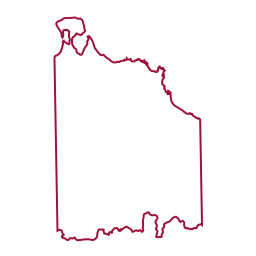 an SVG outline of Chubut, rotated 269°
{"feature_id": "ARG-1274", "entity_name": "Chubut", "entity_type": "Province", "adm_level": 1, "iso_a3": "ARG", "parent_name": "Argentina", "parent_adm1": "", "projection": "mercator", "projection_center": [-67.684, -44.0], "detail": "fine", "context": "isolated", "style": "outline", "palette": "rose", "viewbox_px": 256, "rotation_deg": 269, "n_neighbors": 0, "source": "natural_earth", "source_scale": "10m", "svg_char_len": 5811}
<svg xmlns="http://www.w3.org/2000/svg" viewBox="0 0 256 256"><g transform="rotate(269 128 128)"><path d="M22.4,61.9L22.8,61.7L23.5,60.7L25.6,60.2L26.4,59.9L27.0,59.3L27.3,58.6L27.2,56.8L26.5,55.7L199.2,55.7L201.0,56.1L202.3,58.9L203.2,60.1L204.1,61.1L206.2,62.5L207.4,62.5L208.0,63.0L209.3,63.6L211.7,63.9L212.8,64.7L214.6,64.2L215.4,64.3L216.0,64.6L216.4,65.3L215.7,65.6L215.2,66.2L213.2,69.1L212.8,70.5L213.0,70.8L213.7,71.0L215.8,70.8L216.9,71.4L218.7,71.2L220.3,70.5L225.1,70.9L225.8,70.7L226.0,70.1L226.9,69.3L227.1,68.7L227.1,67.9L226.9,67.5L227.3,67.0L226.9,65.6L226.7,65.1L226.1,64.9L225.0,64.7L222.1,64.9L220.7,64.7L219.6,64.0L220.5,63.5L224.2,63.0L227.4,61.2L229.6,59.7L231.8,58.6L233.4,58.1L234.5,58.4L235.4,59.4L236.0,60.4L236.8,62.5L237.1,63.7L238.3,64.9L238.9,66.2L239.1,67.6L238.9,71.2L239.4,76.5L239.1,78.0L238.4,79.4L238.0,80.8L238.3,82.1L237.0,83.9L235.3,84.7L230.0,86.0L227.8,86.1L226.6,86.6L225.7,86.8L224.9,86.2L224.2,85.5L222.9,83.6L221.9,83.0L221.9,82.1L222.8,78.7L223.4,78.3L223.2,78.0L222.1,77.2L221.8,76.8L220.8,76.3L220.5,75.9L220.3,75.2L220.1,74.7L218.4,73.8L217.1,73.5L214.4,73.5L212.5,73.8L211.2,74.3L210.6,74.9L209.4,75.3L207.6,77.5L204.5,78.2L203.9,78.7L203.0,80.5L202.1,81.4L202.0,82.0L202.2,82.8L202.5,83.3L203.6,83.6L204.4,84.2L206.1,84.8L209.3,86.4L211.7,88.3L213.4,88.9L215.4,88.7L217.2,90.1L217.8,90.1L220.2,89.2L220.6,90.3L220.5,90.7L219.9,91.3L216.8,93.4L213.8,94.6L208.6,96.2L203.9,99.5L202.6,101.0L201.6,101.6L201.3,102.4L201.6,104.4L201.4,105.1L200.5,105.8L198.4,108.0L197.0,110.5L195.3,111.9L193.9,114.7L193.8,115.0L193.8,117.1L194.5,118.8L194.2,120.0L194.2,120.7L194.8,121.3L195.3,123.1L195.4,123.6L195.3,125.0L195.4,125.5L195.7,125.6L196.2,125.5L196.5,125.9L195.9,126.4L196.1,127.2L196.2,127.8L196.7,128.1L197.6,128.1L196.4,129.2L196.3,129.8L196.4,130.9L196.7,131.1L196.9,131.8L195.1,132.4L194.7,132.8L194.4,134.0L194.5,135.5L195.1,136.3L195.5,136.6L195.4,137.0L195.5,137.7L195.9,137.9L195.7,138.5L196.1,138.9L196.5,138.9L196.7,139.1L196.8,140.1L196.5,140.2L196.3,140.8L195.7,140.9L195.4,141.5L195.0,141.7L195.2,142.1L194.9,142.3L195.1,142.4L195.0,142.5L194.5,142.2L194.4,142.3L194.4,142.5L194.5,142.7L193.9,143.3L193.8,143.5L194.4,143.9L194.1,144.5L194.3,144.7L194.8,144.6L195.1,144.7L195.0,145.1L195.2,145.5L194.6,145.5L194.1,146.1L194.0,145.9L194.1,145.5L194.0,145.2L193.7,145.2L193.4,145.3L193.3,145.5L192.8,145.5L192.7,145.7L193.1,146.2L193.1,146.4L192.6,146.4L192.2,146.8L192.3,147.2L192.6,147.4L193.2,147.6L192.9,148.1L192.7,148.1L192.7,147.7L192.2,148.4L191.8,148.1L191.8,147.7L191.3,147.5L190.5,147.7L190.4,148.3L190.5,148.6L189.5,148.7L188.3,149.3L187.4,150.3L186.9,150.1L185.7,151.1L184.6,152.7L184.4,153.5L184.4,154.5L184.1,155.9L183.6,156.3L183.6,157.0L183.8,157.2L183.5,157.6L183.9,158.5L184.6,158.6L184.9,158.8L185.2,159.2L186.0,159.0L186.9,159.5L187.6,159.4L188.1,160.0L188.5,160.1L188.9,160.7L188.6,160.8L187.5,161.8L187.2,161.7L186.7,162.2L186.9,162.7L187.2,163.0L187.3,163.5L186.5,163.2L186.3,163.5L186.8,164.3L185.7,165.0L185.2,164.8L184.6,164.9L184.5,165.5L182.9,164.1L181.6,164.3L181.2,164.7L180.9,164.5L180.9,163.8L180.6,163.4L179.3,163.5L179.4,164.7L178.8,164.7L178.1,165.0L177.4,164.8L176.8,164.1L176.0,163.4L175.3,163.4L173.6,162.8L172.1,163.1L171.3,163.0L170.7,163.8L169.1,165.4L168.6,165.0L167.4,164.8L166.9,165.0L166.8,165.3L166.2,165.2L166.0,165.6L164.3,166.1L163.5,166.5L162.8,167.2L162.8,168.1L164.6,168.7L164.2,169.5L161.2,168.4L161.2,169.4L162.3,169.7L162.9,170.4L162.8,171.2L159.1,171.1L153.9,171.9L152.3,172.7L150.2,174.4L148.8,176.1L148.0,177.7L146.1,180.3L144.7,182.8L143.4,184.0L142.5,185.5L141.8,185.9L141.2,187.6L141.2,189.4L141.7,189.8L141.5,190.4L141.0,190.5L140.9,191.5L141.1,192.0L141.0,192.4L140.7,192.6L140.1,192.5L138.6,193.8L138.1,195.2L137.3,195.8L137.1,196.5L136.5,197.2L136.2,197.8L136.6,198.8L136.0,199.1L135.3,200.3L29.6,200.3L30.5,199.2L30.2,197.9L29.8,196.8L29.2,196.0L28.2,195.4L27.1,195.0L26.7,194.7L26.6,194.0L27.0,192.4L26.6,191.7L25.7,190.6L25.7,189.8L26.2,188.7L26.0,188.0L26.1,187.0L27.2,185.2L26.6,184.4L27.0,183.5L27.9,182.9L29.8,182.4L31.9,182.6L32.8,182.4L33.8,181.6L34.0,181.1L34.0,180.5L33.2,178.7L33.3,178.3L36.3,176.9L38.4,174.3L38.2,173.1L37.7,171.9L37.0,170.9L36.2,170.1L34.8,169.1L33.8,167.8L33.5,167.3L33.1,165.7L32.0,163.5L31.2,162.4L30.2,162.3L29.3,162.5L28.2,162.3L26.7,160.7L26.1,160.6L25.5,160.6L24.4,161.2L23.3,161.3L21.3,160.1L20.2,159.7L19.1,159.8L18.6,159.6L18.4,159.1L18.5,157.3L18.2,155.3L18.5,154.5L19.2,154.2L20.8,154.9L24.2,155.6L24.9,155.5L26.0,154.3L26.6,154.2L29.0,155.1L30.1,155.2L32.4,154.1L33.5,153.8L34.6,154.1L36.6,155.6L37.7,156.0L38.7,155.7L39.6,155.1L40.3,154.0L40.5,152.6L40.2,150.7L40.4,150.0L41.3,148.3L41.6,148.0L42.6,147.9L43.0,147.5L43.3,146.7L43.3,146.0L42.4,144.9L42.0,143.2L41.6,142.7L41.0,142.3L39.0,142.1L35.1,141.3L29.7,141.4L28.4,141.1L27.3,141.1L26.2,141.4L25.1,141.4L24.1,140.5L24.0,139.8L25.4,138.9L25.6,138.2L24.8,136.6L24.9,135.9L25.5,134.8L25.5,134.2L25.3,133.6L24.5,132.0L24.1,130.7L24.8,130.2L25.8,129.9L26.6,129.1L29.1,125.3L29.3,124.6L29.3,124.1L27.5,121.2L26.7,120.6L26.6,120.2L26.9,119.3L26.8,118.5L26.7,118.5L25.7,118.9L25.3,118.6L25.2,118.1L25.3,117.4L25.6,116.9L27.6,115.9L28.0,115.4L28.2,115.0L27.9,112.5L26.5,111.4L25.6,110.4L23.7,110.2L23.5,109.7L24.1,108.7L24.2,108.0L23.9,107.4L22.9,107.0L22.1,107.2L21.8,107.1L21.6,106.8L22.1,106.2L22.0,104.9L22.7,104.1L22.9,102.7L23.0,102.4L24.0,102.3L25.5,101.6L26.7,101.9L26.9,101.5L27.0,100.2L26.8,99.0L27.1,97.7L27.0,97.1L26.4,96.7L24.1,95.7L20.2,95.2L19.1,94.7L18.0,93.7L17.1,92.4L16.6,90.9L17.5,86.1L17.3,81.0L16.8,78.7L17.0,77.6L16.6,76.5L16.7,75.3L17.3,74.3L18.1,73.6L19.4,72.9L19.4,72.6L18.5,70.9L18.5,70.5L18.9,68.6L18.7,68.0L17.3,66.7L17.0,65.8L17.2,64.9L18.5,63.4L18.9,62.6L19.4,60.7L20.2,60.0L21.1,60.1L21.8,61.5L22.4,61.9Z" fill="none" stroke="#9f1239" stroke-width="2"/></g></svg>